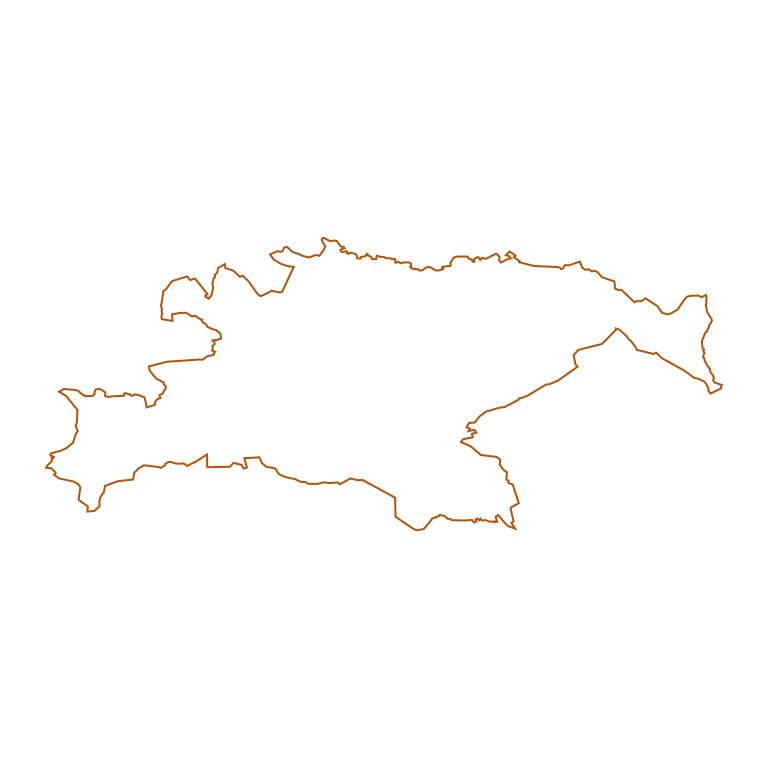 Novadnieku pag., Saldus, Latvia (Natural Earth projection)
{"feature_id": "27541924B74609971281778", "entity_name": "Novadnieku pag.", "entity_type": "district", "adm_level": 2, "iso_a3": "LVA", "parent_name": "Latvia", "parent_adm1": "Saldus", "projection": "natural_earth1", "projection_center": [22.426, 56.607], "detail": "fine", "context": "isolated", "style": "outline", "palette": "amber", "viewbox_px": 768, "rotation_deg": 0, "n_neighbors": 0, "source": "geoboundaries", "source_scale": "gbopen_adm2", "svg_char_len": 6080}
<svg xmlns="http://www.w3.org/2000/svg" viewBox="0 0 768 768"><path d="M602.1,277.3L598.2,272.8L595.0,270.7L591.8,271.5L588.6,269.2L585.2,269.8L582.1,267.4L579.9,261.6L569.0,265.3L565.0,265.1L562.6,268.8L560.8,269.0L559.9,267.5L556.4,267.0L534.1,266.0L519.1,262.2L519.5,261.2L513.9,257.1L515.5,255.8L515.3,255.4L509.6,251.5L506.0,255.2L509.7,256.4L509.6,257.3L510.9,258.4L508.0,259.0L500.8,262.5L499.2,260.7L499.6,257.1L496.9,253.9L495.6,253.9L486.7,258.5L484.7,258.7L482.2,257.7L480.2,259.9L478.7,257.5L477.4,257.1L474.0,259.4L473.7,260.3L474.4,261.5L473.6,262.0L472.6,261.5L471.7,259.6L468.8,258.6L467.3,256.5L456.1,256.6L453.1,258.2L452.5,259.8L450.5,262.4L450.5,265.9L442.8,266.7L442.0,267.7L443.2,268.7L443.1,269.3L438.4,270.5L435.5,270.4L430.5,267.4L428.3,266.9L426.1,267.5L422.6,270.1L419.9,270.6L418.6,269.9L418.5,269.3L415.3,268.9L414.1,269.3L411.0,268.0L410.3,266.7L411.1,266.5L411.0,263.7L410.1,262.9L407.9,262.4L403.1,262.5L400.7,263.3L398.0,261.7L395.9,262.8L395.3,262.4L395.1,259.1L394.8,259.0L393.2,259.3L390.5,258.4L385.4,258.1L384.0,257.0L379.6,256.9L377.7,255.6L376.8,255.8L376.5,256.5L376.4,258.9L372.7,259.2L372.0,258.9L370.8,256.7L367.7,255.3L367.6,254.1L367.0,253.7L365.5,256.2L360.9,257.0L360.3,258.7L357.9,258.5L356.9,257.9L357.1,256.4L356.2,254.5L355.3,253.9L350.2,252.7L348.4,253.8L346.9,253.2L347.3,251.9L346.4,251.2L342.9,252.2L341.5,251.9L340.3,249.8L344.6,248.1L344.3,247.5L343.5,246.7L341.0,246.6L338.5,243.8L336.9,241.0L334.5,240.6L329.9,241.0L323.5,237.8L322.5,238.1L321.8,239.5L322.4,241.8L325.3,246.4L323.5,250.3L319.4,255.8L315.9,255.0L309.0,257.5L302.0,255.7L299.1,254.1L292.8,252.1L286.9,246.9L284.0,247.7L282.9,250.7L280.7,251.9L277.2,251.2L270.1,254.4L273.7,259.6L281.1,263.9L287.5,266.1L293.7,267.0L282.4,291.4L280.2,292.5L271.0,290.7L269.9,292.0L260.7,296.2L257.5,293.9L248.8,281.6L242.8,275.8L240.0,276.8L233.2,270.6L225.4,268.1L224.8,264.1L218.0,268.1L217.2,272.7L214.6,274.9L215.1,277.1L213.4,278.6L213.1,281.2L212.4,282.6L213.1,288.1L211.9,293.7L211.1,296.1L209.9,296.9L208.9,298.6L205.4,296.7L205.3,295.3L207.4,294.3L207.2,293.7L194.9,278.5L190.2,280.0L187.1,276.4L171.8,281.2L166.2,289.1L163.3,291.2L161.7,302.8L160.9,305.2L161.9,309.1L161.6,311.5L162.1,313.6L161.4,316.9L161.9,319.2L172.5,320.9L172.1,314.3L179.6,313.0L185.2,312.7L187.7,313.6L192.1,316.5L195.2,315.7L200.3,319.2L201.9,319.5L201.6,320.4L202.9,322.5L206.3,324.5L207.2,326.7L212.0,329.0L216.3,330.1L220.4,333.7L221.1,338.6L216.7,339.9L211.6,340.5L214.3,341.4L214.7,343.9L212.4,346.0L212.9,348.0L212.1,350.6L215.2,351.8L214.2,352.8L213.8,354.7L207.1,356.4L202.4,359.8L200.0,359.5L167.3,361.7L148.9,366.4L149.8,370.8L155.8,378.3L163.8,382.6L163.7,384.0L164.1,384.9L165.8,386.3L165.6,388.7L164.1,390.4L162.9,393.5L159.5,395.0L160.0,397.6L160.4,398.0L157.2,399.2L155.4,401.4L154.9,402.5L154.8,404.9L146.6,407.4L146.1,403.5L144.4,397.3L138.6,395.1L134.9,394.4L132.2,395.9L130.5,395.2L129.8,394.1L128.3,394.2L125.8,393.1L124.2,393.6L124.2,395.7L111.4,396.4L109.0,397.1L105.0,395.9L105.3,392.5L101.6,389.7L98.6,389.0L95.7,389.4L94.5,391.8L94.6,394.3L92.4,396.0L85.2,396.1L84.3,395.2L83.1,395.2L78.0,390.7L74.6,389.9L64.0,389.0L59.1,391.8L65.8,395.7L77.7,410.2L77.3,411.3L77.0,422.0L75.7,425.9L77.7,431.5L75.7,434.0L73.1,442.6L66.7,447.9L60.6,450.8L51.1,453.4L50.1,454.9L51.1,455.8L53.7,456.7L53.6,457.9L51.9,458.0L51.5,458.8L52.0,460.5L51.3,461.7L46.9,465.9L46.1,467.7L51.2,468.3L55.6,472.5L55.6,473.2L53.9,474.7L59.3,478.5L73.7,481.5L78.4,484.4L80.4,487.3L78.6,499.8L87.9,506.5L87.3,511.6L94.5,510.9L99.6,506.1L99.3,501.5L100.6,496.6L103.9,492.1L105.0,485.9L117.8,481.2L133.1,479.5L134.3,472.7L139.4,467.9L144.0,465.3L158.5,467.0L160.9,467.9L165.4,464.9L165.5,463.6L168.3,462.1L171.1,461.9L174.0,463.2L178.3,463.8L183.6,463.4L187.2,466.0L193.8,462.4L194.4,462.6L206.9,454.5L207.3,467.2L230.1,466.7L233.5,462.9L241.6,464.9L243.7,468.5L246.9,467.5L244.4,458.2L259.5,457.3L261.7,462.7L266.2,466.8L274.2,468.2L276.4,469.8L277.0,471.4L279.1,474.1L280.4,475.0L285.9,477.1L295.0,479.1L300.6,481.8L305.5,482.1L308.3,483.8L318.0,483.9L324.0,482.2L328.6,483.1L337.8,482.4L339.9,484.3L350.3,478.5L357.9,480.2L362.6,480.0L395.1,497.7L395.5,516.7L410.5,527.0L414.7,529.6L417.1,530.2L423.8,529.0L430.3,521.3L432.0,518.7L435.1,517.4L436.0,517.7L436.4,516.9L438.6,516.3L439.4,514.9L444.6,516.0L447.8,518.9L450.0,518.9L452.0,520.2L465.5,520.5L471.8,519.8L474.2,522.6L476.5,521.4L475.7,519.6L476.4,518.7L477.5,518.6L479.3,520.3L480.4,518.7L482.2,520.5L485.8,520.1L489.5,521.7L490.4,521.3L492.6,522.0L494.2,521.3L495.2,522.2L495.8,521.6L497.1,521.8L495.6,516.7L498.0,515.0L507.5,525.9L515.1,528.6L511.4,522.8L513.6,521.3L510.5,508.1L511.8,507.0L518.8,503.2L512.7,484.5L508.3,482.9L508.6,480.8L506.3,479.5L507.0,472.4L503.5,469.8L499.7,464.6L500.3,459.7L496.5,456.9L480.9,455.0L470.4,446.1L461.0,442.1L463.0,439.2L472.8,437.4L471.9,433.8L476.4,432.7L474.7,430.2L473.9,429.9L468.8,431.0L470.1,429.2L470.0,428.7L466.6,427.4L469.0,422.9L474.7,422.6L479.3,416.7L485.6,411.8L498.6,407.9L504.7,407.0L518.4,399.8L519.1,398.4L522.5,397.7L527.9,395.5L546.1,384.5L549.1,384.3L558.2,380.5L577.6,366.7L575.5,364.4L573.6,355.1L578.4,349.9L602.1,343.9L616.1,329.5L615.9,328.4L619.5,329.7L627.0,336.5L628.2,338.9L631.3,341.4L635.7,347.3L636.8,349.9L653.3,353.9L656.2,352.7L661.7,358.1L681.3,368.9L687.6,372.9L694.1,377.9L698.4,378.7L704.2,381.6L705.9,383.4L708.3,388.2L708.5,391.0L710.5,393.6L721.2,388.3L720.9,387.3L721.9,385.0L715.2,382.8L713.8,381.5L713.1,380.1L713.9,378.2L712.9,375.1L710.4,372.3L710.0,369.1L707.8,366.2L704.5,360.3L704.3,358.1L703.1,357.2L703.3,355.5L704.6,353.2L703.3,351.2L704.1,349.5L703.0,348.9L702.5,347.9L701.9,341.3L705.2,332.8L707.2,331.3L707.3,329.8L709.1,326.7L709.2,325.2L710.7,323.3L711.9,320.6L711.7,319.4L706.9,311.6L706.4,307.1L705.7,305.5L706.5,302.9L706.2,301.8L706.6,296.4L705.9,295.0L701.7,297.1L698.0,295.6L691.8,295.7L687.3,296.5L684.3,299.7L677.6,309.5L671.4,313.2L668.1,314.3L662.2,313.0L657.3,306.0L645.5,298.3L641.6,301.1L636.3,301.3L634.5,302.3L621.5,289.9L619.3,290.3L615.2,288.7L614.3,281.4L602.1,277.3Z" fill="none" stroke="#b45309" stroke-width="2"/></svg>